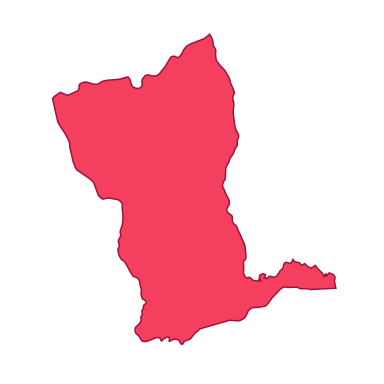 the border of Surin, rotated 159°
{"feature_id": "THA-443", "entity_name": "Surin", "entity_type": "Province", "adm_level": 1, "iso_a3": "THA", "parent_name": "Thailand", "parent_adm1": "", "projection": "natural_earth1", "projection_center": [103.631, 14.911], "detail": "fine", "context": "isolated", "style": "filled", "palette": "rose", "viewbox_px": 384, "rotation_deg": 159, "n_neighbors": 0, "source": "natural_earth", "source_scale": "10m", "svg_char_len": 4811}
<svg xmlns="http://www.w3.org/2000/svg" viewBox="0 0 384 384"><g transform="rotate(159 192 192)"><path d="M235.5,327.4L231.5,326.8L219.1,323.2L211.8,322.7L210.3,322.0L209.6,319.7L210.0,313.9L209.5,311.3L208.2,309.8L206.5,308.5L204.4,307.8L202.3,307.9L200.2,309.3L199.6,311.1L199.3,313.1L198.0,315.1L193.6,317.6L190.5,316.8L187.7,314.7L183.9,313.2L180.3,313.9L172.2,318.7L164.2,325.0L162.6,325.7L160.4,325.4L158.8,324.2L157.7,323.0L156.9,322.4L153.8,323.4L148.0,328.3L144.3,330.2L139.7,330.8L125.4,330.8L119.0,333.0L118.3,327.8L118.4,326.1L118.7,324.3L119.6,321.5L119.5,320.0L119.0,317.7L119.0,316.3L119.4,314.8L120.2,313.2L121.4,309.7L121.8,307.8L122.0,306.3L121.9,305.3L120.2,299.5L117.8,293.8L116.4,285.5L116.5,282.9L116.9,279.6L116.6,273.9L116.7,271.3L116.9,269.6L117.3,268.9L119.3,266.7L119.8,266.1L120.2,265.3L120.6,264.2L121.2,259.7L121.5,258.7L124.4,252.9L125.6,249.6L128.2,238.8L128.7,234.9L128.1,229.4L128.2,228.0L128.5,227.0L129.5,225.8L130.6,224.8L131.8,222.6L132.6,220.2L133.3,219.1L134.0,218.4L135.4,217.6L136.0,217.2L136.5,216.7L139.5,213.3L140.0,212.8L143.8,210.2L144.9,209.2L147.3,206.3L150.3,204.0L151.3,203.0L151.6,202.6L153.0,199.8L156.2,192.4L157.0,191.5L157.6,191.1L158.6,190.5L159.5,189.6L160.8,187.9L161.3,186.6L161.5,185.4L161.2,182.6L161.0,176.4L160.4,173.0L160.4,170.7L160.6,169.5L160.9,168.4L161.3,167.7L161.7,167.0L162.2,166.5L163.6,165.6L165.5,164.0L166.0,162.9L166.1,161.9L166.1,160.9L165.9,160.1L165.6,159.3L164.8,158.0L164.2,157.3L163.8,156.5L163.2,155.0L163.5,153.7L164.2,151.9L164.6,150.7L164.8,149.5L164.7,148.6L164.5,147.7L164.2,146.9L163.4,145.6L163.0,144.9L162.8,144.1L162.7,143.1L162.6,139.0L162.1,133.0L162.1,129.9L161.7,124.0L162.1,121.9L164.0,114.7L165.4,111.0L166.4,109.9L168.4,108.8L169.2,108.2L169.3,107.7L170.1,104.8L170.7,103.1L172.7,98.6L173.3,95.8L172.9,95.5L172.8,94.6L173.0,93.7L172.6,92.8L171.5,92.3L170.5,92.2L169.5,92.0L168.3,91.0L166.8,88.0L166.7,87.6L163.6,85.9L159.5,84.4L159.5,85.9L161.0,85.9L158.4,90.2L154.9,90.3L152.9,88.3L155.3,85.9L154.6,85.7L154.0,85.7L153.7,85.5L153.7,84.4L152.4,84.4L150.4,85.7L148.5,84.9L146.7,83.5L145.2,82.7L142.5,83.5L138.0,86.8L135.7,87.6L134.4,88.4L131.9,92.0L129.9,92.8L128.3,92.0L126.7,90.6L124.7,90.3L122.0,92.8L121.0,89.9L117.0,87.5L116.1,84.4L114.8,84.4L112.5,84.8L110.8,81.3L108.1,78.1L103.2,79.3L102.2,75.7L99.4,69.4L98.8,65.6L97.4,65.6L97.4,67.3L96.0,67.3L96.0,65.6L95.2,66.2L92.9,67.3L91.0,65.6L89.4,63.8L88.9,61.6L90.1,58.9L90.9,58.2L92.2,50.6L116.6,58.6L117.3,59.1L117.9,59.7L119.0,60.3L124.2,62.3L125.7,63.2L126.7,64.0L127.2,64.6L127.7,65.2L129.1,65.9L137.1,68.7L140.2,70.5L143.9,69.8L155.9,64.1L160.3,61.0L163.0,59.7L163.8,59.4L164.8,59.3L166.5,59.5L173.0,61.0L176.4,62.2L177.4,62.3L178.7,62.2L180.7,61.6L181.8,61.0L182.6,60.4L186.3,56.7L187.0,56.2L188.4,55.6L189.1,55.3L192.6,54.8L194.0,54.9L195.6,55.4L202.9,58.8L233.7,61.4L236.5,60.1L239.5,59.2L240.2,59.1L242.3,57.6L246.3,55.4L252.3,55.3L253.3,55.0L254.1,54.1L255.1,53.4L256.6,53.8L256.9,54.6L257.2,57.7L257.9,58.9L259.8,60.2L261.2,60.9L263.1,61.0L266.7,60.7L265.3,64.4L267.3,65.6L270.8,65.1L273.9,63.8L274.1,66.9L275.9,68.4L278.9,68.9L286.1,68.7L289.4,69.1L291.8,70.4L292.7,73.3L293.3,76.9L295.0,79.9L295.1,82.3L294.4,84.2L293.8,85.2L293.1,85.9L292.4,86.2L289.4,87.4L288.0,88.1L287.5,88.5L285.8,90.1L285.4,90.7L285.1,91.6L284.9,92.6L284.5,93.7L283.9,94.3L283.2,94.7L282.5,95.3L282.0,96.4L281.6,98.4L281.0,99.4L280.2,100.2L279.2,100.6L279.0,100.8L278.9,101.1L278.5,102.4L278.1,103.1L277.6,103.6L276.9,104.0L276.2,104.2L275.3,104.2L274.6,104.4L274.3,105.0L274.3,106.1L274.9,107.9L275.6,108.8L276.2,109.5L276.6,110.6L276.6,112.0L276.1,114.9L275.6,116.3L275.0,117.3L274.5,118.3L274.1,119.9L273.9,123.1L273.6,124.8L273.0,126.9L272.9,128.0L273.1,129.4L273.9,131.4L274.7,132.4L275.5,133.1L276.9,134.0L277.5,136.0L278.2,139.2L279.1,147.0L280.3,152.2L281.8,153.8L282.3,155.0L282.6,156.8L282.7,160.5L282.1,163.6L281.6,165.2L280.9,166.0L280.3,166.5L279.3,167.4L279.0,167.9L278.8,168.6L278.6,171.5L278.3,172.6L277.9,173.4L277.4,174.0L275.0,175.8L274.5,176.4L274.1,177.1L273.9,178.0L273.6,179.8L272.9,181.4L269.0,186.0L266.7,190.3L265.8,192.7L265.4,193.4L264.8,195.0L263.2,201.1L262.6,203.0L262.1,203.6L261.4,205.1L261.4,206.2L261.6,207.6L262.6,209.6L263.3,210.7L264.0,211.5L271.3,215.9L272.8,216.5L274.6,216.8L275.5,216.9L277.3,217.2L278.0,217.5L278.5,218.1L278.9,218.7L280.3,221.5L280.6,223.1L280.4,235.5L280.7,237.0L282.3,240.3L291.2,253.3L291.5,253.9L292.1,255.7L292.1,262.8L290.0,277.7L288.8,281.0L288.7,282.9L288.8,285.9L289.6,292.4L290.6,297.1L290.9,297.8L291.3,299.5L292.2,305.3L288.7,329.2L288.5,329.3L286.6,330.4L279.3,332.3L273.5,326.8L262.0,327.4L260.1,329.5L259.5,331.5L258.4,332.9L254.7,333.4L251.6,332.7L249.2,331.1L247.1,329.3L244.8,327.7L241.8,326.6L240.0,326.6L238.2,327.1L235.5,327.4Z" fill="#f43f5e" stroke="#9f1239" stroke-width="1.5"/></g></svg>